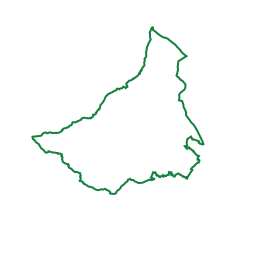 Josenii Bargaului, Bistrita-Nasaud, Romania, rotated 239°
{"feature_id": "2599482B1085806390665", "entity_name": "Josenii Bargaului", "entity_type": "district", "adm_level": 2, "iso_a3": "ROU", "parent_name": "Romania", "parent_adm1": "Bistrita-Nasaud", "projection": "orthographic", "projection_center": [24.668, 47.212], "detail": "fine", "context": "isolated", "style": "outline", "palette": "green", "viewbox_px": 256, "rotation_deg": 239, "n_neighbors": 0, "source": "geoboundaries", "source_scale": "gbopen_adm2", "svg_char_len": 5730}
<svg xmlns="http://www.w3.org/2000/svg" viewBox="0 0 256 256"><g transform="rotate(239 128 128)"><path d="M201.6,201.0L201.8,200.1L199.6,197.3L198.7,195.7L197.6,195.5L194.3,193.6L192.1,193.0L190.3,189.9L190.0,189.2L188.9,188.0L188.3,186.9L186.6,185.0L185.7,184.5L184.9,183.9L184.3,183.1L184.2,182.8L181.3,181.3L179.7,180.3L179.3,179.1L179.1,178.1L178.6,177.7L177.2,177.2L176.7,176.7L176.3,176.1L175.8,175.6L175.4,175.5L173.1,174.2L172.6,172.6L171.9,170.9L171.3,170.4L171.0,169.1L170.4,169.4L170.2,169.1L170.1,168.7L170.1,167.8L168.7,166.4L169.4,166.2L168.5,165.0L167.6,162.2L167.6,160.5L167.5,160.1L167.3,158.2L167.7,158.0L167.3,157.1L167.5,156.9L167.3,155.7L167.5,154.2L167.8,153.8L168.0,153.3L167.3,151.1L167.5,150.4L166.6,149.1L166.1,149.0L164.8,149.1L164.3,148.6L163.6,148.6L163.6,148.0L163.4,146.5L164.7,146.3L165.6,145.6L165.9,145.1L165.1,143.7L165.9,141.4L165.9,141.1L165.6,140.6L166.5,139.9L167.3,139.1L167.4,138.7L166.6,137.8L166.5,136.4L166.6,135.7L166.9,135.2L166.8,134.8L166.9,134.0L166.7,133.0L166.8,132.3L167.1,131.4L167.0,130.5L167.3,128.0L167.2,127.7L166.7,127.2L166.5,125.2L164.1,121.9L162.4,118.3L162.0,116.5L161.6,115.9L159.5,114.3L158.9,113.0L159.4,113.0L159.6,113.4L157.6,108.4L157.1,108.6L156.8,108.1L156.6,107.1L156.6,106.4L157.0,105.5L157.3,104.9L156.4,104.9L155.9,103.2L155.7,103.2L155.5,101.0L156.2,100.7L156.1,100.2L156.6,99.2L157.5,97.9L159.1,96.2L159.5,95.4L160.0,93.5L159.7,92.5L159.3,92.3L159.2,92.1L159.4,91.4L159.5,89.3L159.9,88.1L159.6,87.2L159.7,86.5L160.0,85.8L161.4,83.6L161.2,83.0L160.8,82.8L160.5,82.2L160.2,82.0L159.9,81.6L159.6,80.3L159.7,79.9L160.0,79.2L159.8,78.1L159.6,77.8L159.4,77.3L159.8,76.3L159.8,74.9L160.1,74.4L160.7,72.5L160.7,72.1L160.4,71.8L160.4,71.1L160.3,70.4L159.9,69.8L159.7,69.9L159.7,69.6L159.4,69.3L159.4,68.0L159.5,66.3L160.0,65.6L160.5,64.2L161.0,63.8L161.1,63.4L162.3,61.4L162.4,60.8L162.8,60.5L163.4,59.8L164.3,59.1L164.8,57.8L164.8,57.1L165.0,56.2L165.3,55.8L166.5,55.2L166.8,54.7L167.1,53.2L167.1,52.3L166.8,51.3L166.2,50.1L166.2,49.5L166.5,48.6L169.7,41.6L169.0,41.2L167.3,40.9L166.0,41.6L163.2,41.8L160.5,43.1L159.1,43.2L158.1,43.1L157.8,43.2L157.3,43.1L155.0,43.2L153.3,44.1L152.4,44.3L149.6,44.6L148.5,46.1L148.5,47.4L149.0,47.9L145.8,50.8L145.2,51.8L144.6,52.5L144.3,53.0L143.3,54.0L142.8,54.9L142.1,54.6L141.9,54.9L141.4,55.6L140.9,56.9L139.6,57.6L139.2,57.7L138.9,57.5L138.8,56.9L138.1,56.3L137.5,56.8L136.6,56.8L135.5,55.5L134.4,55.4L133.6,55.1L133.0,54.7L131.7,55.0L130.7,55.6L129.8,56.0L129.5,56.4L128.3,57.1L128.1,57.3L128.0,57.9L127.8,58.2L127.1,57.9L126.3,57.9L126.4,57.5L125.5,57.0L124.3,57.1L123.5,57.5L122.9,58.1L121.3,58.7L120.3,58.7L119.2,59.3L117.7,59.6L117.2,60.7L116.5,61.6L115.6,62.4L114.8,62.8L113.9,63.7L113.1,63.2L111.8,63.1L111.3,62.7L111.3,62.4L110.7,61.7L110.2,61.6L109.5,61.8L109.0,61.4L108.3,60.7L107.8,60.0L107.6,59.3L107.4,59.3L107.2,59.8L106.5,60.4L106.3,60.8L104.5,61.7L103.9,61.6L103.8,61.2L102.7,61.5L102.3,61.8L102.1,62.1L101.4,62.5L99.6,63.4L98.1,64.0L97.8,64.2L97.4,65.1L96.0,66.1L95.4,67.0L94.4,67.5L93.6,67.6L91.5,68.9L90.5,69.9L89.8,71.0L89.3,73.4L88.3,74.5L88.0,75.5L87.9,76.6L87.6,77.0L87.1,77.4L86.2,77.6L84.1,79.2L82.2,79.7L81.4,78.9L81.0,79.0L79.6,80.7L78.4,82.8L78.2,83.1L78.4,84.4L79.0,85.0L79.5,85.8L79.9,87.2L79.8,88.5L80.2,90.1L81.7,92.9L81.6,94.7L82.7,99.2L82.5,99.8L83.7,101.4L83.3,102.7L83.4,103.6L82.8,103.8L81.8,103.9L80.8,105.7L78.9,106.2L77.7,107.2L75.4,108.7L73.6,112.3L72.8,119.3L71.9,120.7L71.7,121.5L71.1,121.6L70.9,123.0L70.5,123.6L70.9,124.3L73.7,122.2L75.5,124.9L76.1,125.3L77.1,126.6L76.7,126.9L76.1,127.1L76.0,127.4L76.3,127.8L76.1,128.5L73.8,128.5L73.8,128.4L73.4,128.0L72.9,128.1L72.1,128.3L72.1,129.2L71.5,129.3L71.2,129.5L70.9,129.6L70.6,129.5L70.0,129.6L70.1,130.2L69.4,130.4L69.6,131.1L69.6,131.7L69.5,132.3L69.3,132.5L68.8,132.6L68.3,133.0L69.2,133.6L68.9,133.7L68.6,134.2L68.2,134.5L68.3,134.6L67.7,134.9L67.2,135.9L67.7,136.4L66.9,138.9L69.0,140.1L69.2,140.5L68.8,140.8L68.7,140.6L68.3,140.7L67.8,140.5L67.6,140.6L67.6,140.9L68.0,141.9L67.8,142.3L65.8,141.2L65.9,141.6L66.3,141.9L65.5,142.4L64.5,141.8L63.0,142.1L62.3,143.1L63.3,144.2L63.4,144.6L63.1,146.1L63.2,146.7L63.4,147.3L63.1,147.8L61.2,148.4L61.1,148.8L60.1,149.4L58.3,149.9L57.7,150.2L57.8,150.8L54.2,152.4L54.8,153.5L55.7,153.3L55.5,154.0L55.6,154.4L58.9,161.6L60.3,160.8L60.5,161.5L61.2,163.1L61.2,163.6L61.1,164.8L61.8,166.6L62.4,170.5L62.1,170.8L62.8,171.1L62.9,171.5L62.8,172.1L63.5,172.6L64.3,172.4L65.2,171.3L65.8,171.8L66.3,172.8L66.9,172.8L67.5,174.4L68.3,173.8L68.6,173.3L69.4,172.9L72.7,172.3L74.6,172.3L74.5,171.8L75.2,171.8L76.4,171.4L77.9,170.7L78.2,170.9L78.8,170.2L80.1,170.3L80.0,169.4L79.7,167.9L81.2,167.5L83.2,167.3L83.0,168.0L82.2,169.2L83.9,170.2L85.9,171.1L86.9,172.3L88.0,173.2L88.1,177.7L87.1,177.6L85.0,177.2L84.7,177.4L84.6,178.1L84.4,178.3L83.5,179.2L80.1,181.9L79.3,181.1L78.8,181.7L78.1,181.3L77.2,181.8L75.5,183.6L75.2,184.0L75.3,184.3L75.9,184.2L76.4,184.4L76.9,184.8L90.4,186.0L96.7,186.0L100.1,185.1L108.9,184.4L111.0,185.4L111.6,186.0L114.1,186.2L115.8,186.4L117.7,186.5L119.2,187.4L122.2,188.1L123.5,188.2L124.2,187.2L125.5,185.9L126.9,187.2L128.2,188.1L129.9,188.7L130.1,189.2L130.6,189.6L131.2,190.9L131.8,195.9L132.9,197.8L135.7,199.7L140.5,199.0L141.3,198.5L141.7,197.9L142.9,197.9L143.6,197.5L144.2,197.4L145.0,197.6L146.4,196.8L148.0,196.6L148.9,197.7L152.4,201.1L153.2,201.2L154.9,202.2L159.2,205.5L159.4,209.4L159.5,215.1L162.8,213.8L165.8,212.9L167.4,213.0L170.7,212.3L172.2,211.8L173.4,211.8L174.3,211.5L175.0,211.5L176.9,210.6L177.7,210.5L178.8,209.8L180.6,209.3L182.4,208.5L183.3,208.4L185.5,207.1L186.5,206.1L186.9,205.4L189.2,203.9L191.8,202.8L193.1,202.1L194.4,201.8L196.2,201.3L199.1,199.9L200.7,200.8L201.6,201.0Z" fill="none" stroke="#15803d" stroke-width="2"/></g></svg>